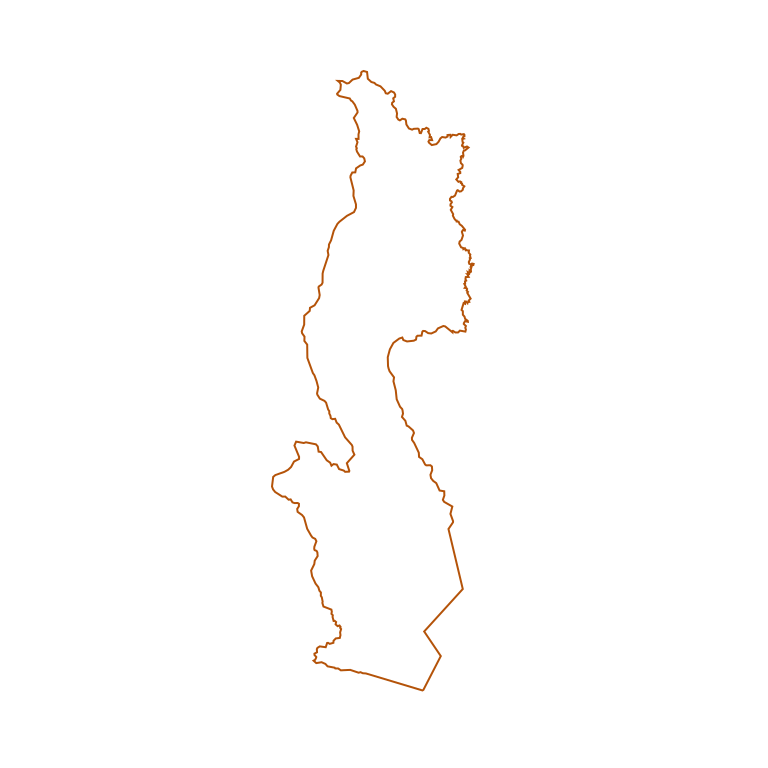 outline of Balsas, Maranhão, Brazil, rotated 160°
{"feature_id": "56859067B97951536873323", "entity_name": "Balsas", "entity_type": "district", "adm_level": 2, "iso_a3": "BRA", "parent_name": "Brazil", "parent_adm1": "Maranhão", "projection": "natural_earth1", "projection_center": [-46.459, -8.287], "detail": "fine", "context": "isolated", "style": "outline", "palette": "amber", "viewbox_px": 768, "rotation_deg": 160, "n_neighbors": 0, "source": "geoboundaries", "source_scale": "gbopen_adm2", "svg_char_len": 6164}
<svg xmlns="http://www.w3.org/2000/svg" viewBox="0 0 768 768"><g transform="rotate(160 384 384)"><path d="M273.9,447.5L274.3,450.6L273.4,450.6L272.8,452.8L271.4,453.0L271.6,454.7L270.6,456.5L267.9,455.7L268.2,457.1L267.6,457.7L268.1,458.7L267.2,458.4L267.0,460.2L266.1,458.8L264.9,461.3L264.4,459.6L263.8,459.8L263.3,461.9L261.8,464.0L262.5,464.4L262.0,465.1L261.5,465.7L259.4,465.2L258.7,466.2L260.1,467.1L261.4,466.6L262.8,467.8L262.6,469.6L260.7,471.5L260.3,473.0L259.5,472.8L259.3,475.2L258.6,476.1L259.5,478.4L258.5,480.4L260.4,481.2L260.7,481.9L261.5,481.8L261.6,483.9L263.3,483.6L263.1,484.7L264.8,486.1L265.3,490.2L264.2,492.0L261.9,492.9L259.0,496.5L258.8,500.3L258.1,501.0L257.2,501.6L255.6,500.5L255.1,501.2L256.8,506.1L258.2,508.2L258.4,511.0L260.1,511.8L259.8,512.7L260.6,513.2L261.3,515.2L261.7,518.7L260.9,519.9L261.7,524.8L259.2,526.9L260.6,528.8L260.0,530.2L258.1,531.5L258.1,532.6L259.2,533.9L258.7,535.4L256.6,536.8L255.3,536.2L252.8,536.8L249.2,540.8L248.4,540.9L247.2,539.0L245.7,538.7L243.5,539.6L242.9,540.9L240.9,542.3L242.5,544.5L242.1,545.6L243.0,546.5L242.4,547.3L243.3,548.4L244.9,548.5L246.1,551.5L243.6,552.9L242.9,556.2L240.2,556.1L239.8,557.2L240.7,559.6L236.6,560.3L235.4,562.2L235.2,563.2L236.2,565.2L235.8,567.8L234.4,569.1L234.2,571.2L233.2,571.7L232.3,571.4L232.1,570.4L231.3,571.2L230.6,574.4L229.0,576.2L228.0,575.8L223.7,577.3L224.8,578.8L228.3,578.7L228.2,580.2L229.1,580.8L229.1,581.6L226.9,583.7L227.4,584.5L226.7,587.4L225.2,587.3L225.9,588.3L224.6,589.5L223.7,589.3L223.2,590.7L223.5,591.5L226.2,592.0L226.7,592.9L228.3,593.4L230.7,592.8L234.2,594.7L236.9,593.4L236.4,595.5L238.6,596.1L239.2,596.2L239.6,594.8L241.8,594.5L244.9,596.2L247.0,595.5L249.8,593.0L252.7,591.5L257.4,592.2L259.2,595.4L259.3,596.6L258.0,597.7L255.4,596.7L255.3,599.9L256.8,600.2L255.6,602.4L256.2,606.0L255.2,606.4L255.0,608.6L256.6,610.3L258.4,609.7L260.6,610.4L263.5,607.1L264.6,607.6L264.2,611.6L264.8,612.4L268.8,613.6L270.6,613.4L273.2,615.6L274.2,620.2L273.3,624.1L273.5,625.4L276.0,627.0L278.9,626.3L280.1,627.6L280.8,630.6L279.2,633.8L278.7,638.6L280.2,641.2L280.9,644.1L280.1,645.5L278.0,646.2L277.6,649.3L275.3,650.1L274.5,652.2L274.9,654.5L277.2,656.8L281.2,655.5L282.9,656.6L283.0,659.3L285.5,664.9L289.1,668.2L290.0,670.2L292.6,672.1L294.8,676.4L293.2,683.0L296.1,685.1L298.0,685.0L298.9,684.5L299.6,682.6L302.9,680.3L309.4,680.8L314.1,678.8L316.1,679.1L319.4,682.9L323.7,684.6L322.4,682.4L322.2,680.0L324.4,675.3L328.8,672.8L328.9,672.0L327.4,669.8L318.5,664.0L318.1,661.7L317.1,660.5L315.9,656.5L315.5,649.7L316.0,648.2L321.4,644.3L320.6,636.7L320.9,629.9L322.6,627.3L324.1,623.0L326.4,623.9L326.2,620.3L329.1,616.6L328.9,614.9L329.7,614.2L329.9,611.7L328.7,606.0L326.3,605.1L325.4,602.8L325.8,599.7L328.9,597.4L331.5,597.5L336.5,596.2L338.6,592.7L341.5,593.6L344.2,591.1L344.9,589.7L346.3,576.3L348.4,571.2L348.9,562.4L350.1,559.1L353.4,555.8L361.3,554.7L370.4,551.7L373.0,550.4L378.8,545.2L384.6,537.1L388.0,533.9L389.0,531.4L391.4,528.4L392.1,524.2L402.4,511.1L403.9,508.8L407.1,500.2L408.6,498.8L412.0,497.9L412.6,497.0L414.0,489.6L415.6,486.9L422.3,481.7L427.5,480.9L428.8,478.1L435.6,475.4L438.7,467.1L443.3,461.6L443.6,459.7L442.5,455.7L444.1,451.7L442.7,447.3L447.1,434.7L447.1,418.6L446.4,416.0L446.4,409.8L447.0,403.2L450.1,398.1L450.3,396.8L449.3,392.2L445.7,388.5L444.8,386.3L445.2,379.1L444.7,377.2L445.5,375.0L445.2,372.5L445.7,370.1L444.5,368.6L441.8,368.0L441.7,363.9L440.3,361.3L438.8,347.2L435.1,337.7L435.0,335.9L436.3,332.1L436.0,327.7L446.0,322.3L446.3,314.2L446.8,313.6L450.6,314.8L451.4,316.4L455.3,319.4L455.9,324.4L458.8,326.0L461.3,325.2L461.5,328.5L463.9,331.9L466.4,341.6L468.6,342.8L467.6,348.0L468.6,350.6L477.3,355.9L479.6,356.0L486.3,359.9L489.2,356.8L488.7,344.6L489.5,342.6L495.1,341.9L499.7,337.8L503.4,336.2L507.6,335.5L517.2,335.6L519.9,334.6L524.3,326.0L524.3,322.9L523.2,319.7L518.1,313.0L515.3,312.0L513.2,307.9L511.2,307.5L510.5,304.1L508.8,302.7L505.8,301.7L504.9,300.6L505.8,298.2L508.3,296.3L508.9,293.4L505.8,288.9L504.8,286.0L505.7,274.2L504.4,266.6L503.7,264.2L501.6,262.0L501.3,259.4L505.1,254.9L506.0,252.9L506.0,251.6L504.5,250.3L504.2,248.6L505.2,245.0L509.5,241.7L511.1,238.6L516.3,233.6L517.3,227.9L516.6,219.9L515.2,215.5L515.4,211.8L514.6,209.7L515.8,206.6L515.4,204.8L516.1,200.4L516.8,199.4L517.0,195.6L510.6,190.0L510.9,187.9L512.0,186.0L511.2,184.2L512.0,182.7L512.4,178.6L511.4,178.4L510.4,176.7L511.7,174.7L510.4,172.3L508.4,172.3L507.9,170.6L508.6,169.9L508.1,168.4L510.2,165.6L510.8,162.9L512.4,160.5L516.3,161.4L519.2,160.0L520.1,158.1L523.9,158.4L525.1,159.9L526.0,160.1L528.8,156.6L534.1,159.4L536.8,158.8L537.8,157.8L538.7,154.8L541.6,154.4L542.0,153.1L541.0,150.7L541.3,150.1L543.0,148.4L544.8,148.1L543.1,144.9L537.8,143.9L534.8,141.0L533.6,138.0L527.4,134.3L527.1,133.4L524.3,132.3L522.5,129.7L513.5,126.9L506.6,121.4L504.6,121.2L502.9,119.5L500.0,118.2L452.7,82.9L451.6,83.1L423.7,108.9L430.9,137.7L380.1,164.4L373.0,225.7L366.5,230.4L366.0,231.5L366.0,239.2L361.7,245.5L367.8,252.7L368.3,255.0L365.4,258.6L364.1,262.6L368.2,264.9L368.8,273.0L370.9,276.1L372.0,279.4L371.4,282.8L368.2,286.5L367.2,290.1L368.2,291.8L372.1,293.1L372.9,294.3L373.7,300.2L376.0,303.5L374.8,307.5L375.8,318.3L376.8,321.9L376.2,323.9L372.6,327.7L372.6,330.4L375.5,335.8L376.9,337.1L376.5,342.1L378.4,346.9L376.3,349.6L375.6,352.8L375.5,354.3L376.7,357.1L377.3,365.3L375.1,374.1L374.2,383.3L372.3,386.8L374.4,394.0L374.4,396.9L374.1,399.4L371.3,407.9L366.6,414.6L361.1,419.4L354.1,421.5L350.9,421.4L350.8,418.7L347.8,416.1L341.2,414.5L338.7,414.8L337.3,417.4L336.0,417.9L332.2,416.6L330.0,420.1L329.1,420.5L327.3,419.7L325.1,416.7L322.3,415.3L317.4,415.7L314.3,417.8L308.4,418.2L306.8,417.2L302.1,409.3L301.8,410.4L301.1,410.4L299.3,408.0L296.7,407.1L294.4,408.2L289.6,405.4L288.4,407.2L288.4,409.0L287.2,410.5L288.5,413.1L288.2,413.8L286.4,415.3L283.9,413.8L283.7,414.7L285.5,417.5L285.3,419.8L286.2,422.1L285.0,425.5L285.8,427.1L281.5,432.8L280.4,431.7L279.7,433.9L278.7,433.5L277.9,431.5L277.4,432.3L275.8,432.0L275.9,433.4L273.4,434.6L274.6,441.2L273.6,441.8L274.4,443.6L273.4,444.8L273.7,445.9L275.2,446.7L273.9,447.5Z" fill="none" stroke="#b45309" stroke-width="2"/></g></svg>